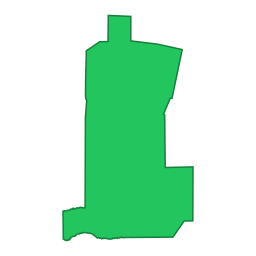 Santa Rosa, Mendoza, Argentina (Robinson projection)
{"feature_id": "61730980B20079308616386", "entity_name": "Santa Rosa", "entity_type": "district", "adm_level": 2, "iso_a3": "ARG", "parent_name": "Argentina", "parent_adm1": "Mendoza", "projection": "robinson", "projection_center": [-68.23, -33.529], "detail": "fine", "context": "isolated", "style": "filled", "palette": "green", "viewbox_px": 256, "rotation_deg": 0, "n_neighbors": 0, "source": "geoboundaries", "source_scale": "gbopen_adm2", "svg_char_len": 2365}
<svg xmlns="http://www.w3.org/2000/svg" viewBox="0 0 256 256"><path d="M192.8,220.9L193.0,166.9L165.2,167.5L164.7,115.0L163.5,114.2L170.2,98.3L172.0,98.3L182.2,49.6L157.2,44.1L130.8,40.9L130.8,16.4L108.3,15.4L108.0,41.6L99.7,41.7L86.3,50.8L86.2,58.0L85.8,72.3L85.7,77.4L85.6,79.5L85.5,95.9L85.9,99.1L86.2,99.6L86.6,99.8L86.7,100.1L86.7,100.6L85.4,117.0L85.1,204.5L85.1,207.6L84.8,207.8L84.5,207.9L84.0,207.8L83.7,207.9L83.2,208.1L82.8,208.0L82.4,207.6L82.2,207.5L81.8,207.6L81.3,207.6L80.8,207.3L80.5,207.3L79.8,207.4L79.6,207.7L79.1,207.8L78.6,207.9L78.0,208.1L77.2,207.8L76.5,207.9L76.3,208.1L75.8,208.7L75.2,209.0L74.9,208.9L74.5,208.7L74.2,208.6L73.7,208.2L73.3,208.2L72.9,208.4L72.7,208.7L72.8,209.1L72.4,209.2L71.9,209.0L71.6,209.1L71.3,209.0L70.5,209.4L70.0,209.8L69.6,210.0L69.0,210.2L68.4,210.4L68.0,210.5L67.7,210.4L67.4,210.3L66.9,210.4L66.6,210.6L66.3,210.9L66.0,211.1L65.4,211.1L64.7,210.8L64.2,210.8L63.9,210.9L63.6,211.1L63.0,211.2L63.3,239.0L63.7,238.9L64.1,239.3L64.3,239.7L64.6,240.0L65.4,240.0L65.8,240.2L66.2,240.5L67.0,240.6L67.6,240.4L67.6,240.1L68.1,240.0L69.5,239.8L69.4,239.3L69.5,238.9L70.1,238.9L70.6,238.7L70.8,238.2L70.9,237.6L71.2,237.0L71.9,236.7L72.5,236.7L72.9,236.3L73.6,236.3L74.5,236.4L75.1,236.0L75.6,235.7L76.1,235.3L76.2,234.6L76.7,234.2L77.0,234.1L77.5,233.8L78.1,233.8L78.6,234.0L79.2,234.0L79.4,233.7L79.9,233.3L80.5,233.5L80.9,233.4L81.1,233.1L81.4,233.0L82.1,233.2L83.0,232.7L83.5,232.6L84.3,232.5L85.1,232.8L85.9,232.6L86.6,232.6L86.8,232.7L87.3,233.1L88.0,233.1L88.7,233.2L89.4,233.1L90.1,233.1L90.8,233.5L91.5,233.6L92.6,234.2L93.0,234.5L93.3,234.9L93.9,234.9L94.2,235.1L94.3,235.5L94.7,235.9L95.8,236.7L96.3,237.2L97.5,238.1L97.9,237.8L98.4,237.5L98.9,237.7L99.8,238.2L100.1,237.8L101.5,238.7L101.8,238.8L102.2,238.7L102.6,238.3L103.1,238.2L103.5,238.5L104.7,238.2L105.4,238.5L106.0,238.5L106.6,238.2L107.1,238.4L107.7,238.9L108.3,239.0L109.1,239.1L109.5,238.8L110.0,238.9L111.0,239.1L111.7,239.0L112.1,238.9L112.5,238.5L112.8,238.0L113.4,238.2L114.2,238.5L114.5,238.3L115.1,237.9L115.5,237.8L116.2,237.9L116.6,238.2L117.1,238.4L117.4,238.1L117.8,237.7L119.2,238.1L119.7,237.8L120.0,237.4L120.5,237.6L120.9,237.6L121.2,237.3L121.6,236.9L122.0,237.0L122.4,237.5L122.8,237.7L123.2,237.8L123.5,237.7L123.8,237.5L162.6,237.2L172.9,237.1L184.2,221.0L192.8,220.9Z" fill="#22c55e" stroke="#15803d" stroke-width="1.5"/></svg>